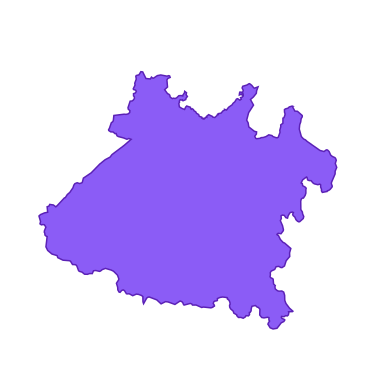 Lalangina, Haute Matsiatra, Madagascar, rotated 110°
{"feature_id": "10022922B72540367204165", "entity_name": "Lalangina", "entity_type": "district", "adm_level": 2, "iso_a3": "MDG", "parent_name": "Madagascar", "parent_adm1": "Haute Matsiatra", "projection": "albers", "projection_center": [47.222, -21.414], "detail": "fine", "context": "isolated", "style": "filled", "palette": "violet", "viewbox_px": 384, "rotation_deg": 110, "n_neighbors": 0, "source": "geoboundaries", "source_scale": "gbopen_adm2", "svg_char_len": 5945}
<svg xmlns="http://www.w3.org/2000/svg" viewBox="0 0 384 384"><g transform="rotate(110 192 192)"><path d="M92.7,261.4L94.5,264.4L98.2,267.1L98.4,268.0L97.9,269.4L100.0,269.8L101.1,274.1L96.0,279.4L96.4,281.2L100.0,281.9L101.6,284.2L102.4,284.4L105.0,283.0L109.4,283.0L111.0,282.1L115.1,282.5L115.7,282.0L115.6,279.8L116.4,278.8L118.2,279.0L119.6,280.6L121.7,279.8L122.3,278.7L123.9,278.1L125.9,278.7L127.0,279.5L127.8,281.2L134.6,281.0L136.0,280.2L136.8,278.2L138.7,277.7L140.5,278.8L141.6,280.5L142.1,282.4L146.8,291.6L151.7,290.4L153.0,290.5L154.5,291.5L160.3,291.4L162.0,291.7L162.7,291.3L163.3,289.0L162.6,286.7L163.5,284.2L163.0,283.3L164.8,281.7L165.1,280.3L164.6,274.9L164.7,271.2L163.3,269.6L163.3,267.2L171.4,271.7L184.2,280.0L187.2,280.9L191.4,284.7L197.2,288.2L208.5,293.3L216.1,298.8L220.3,298.4L221.1,298.7L222.5,300.5L222.6,303.1L224.2,304.9L226.0,305.4L228.7,305.3L234.2,306.7L237.0,308.3L240.6,309.1L241.2,309.9L250.9,314.0L252.5,314.9L251.6,317.8L252.3,321.4L254.3,321.7L255.4,323.1L260.4,320.7L262.1,323.5L265.1,326.7L266.9,327.6L271.6,324.2L273.9,324.0L274.4,322.3L273.6,321.0L273.3,319.5L275.0,317.3L279.1,317.4L280.4,317.0L280.8,316.4L282.8,315.4L283.5,313.6L283.4,312.9L293.5,310.5L296.3,307.6L298.2,302.4L297.9,297.0L299.6,295.7L300.2,289.9L298.5,283.7L298.6,282.5L301.0,279.5L300.1,276.4L300.9,274.9L304.7,271.7L305.1,270.7L304.9,268.0L306.0,264.9L305.1,262.1L303.6,260.2L302.8,257.8L299.7,257.6L298.7,255.6L298.2,251.7L297.5,250.9L295.6,249.8L293.4,247.2L293.0,241.3L293.3,238.6L295.6,233.6L298.6,231.1L299.7,230.9L303.6,231.8L306.9,229.3L309.4,228.2L311.0,226.3L310.9,225.3L308.6,224.4L307.5,223.2L307.8,221.7L310.0,218.9L310.0,218.2L309.1,216.2L309.7,212.2L307.0,209.4L306.5,207.4L306.5,204.1L307.1,202.4L312.0,200.5L313.5,199.3L307.3,198.3L306.1,197.6L305.3,196.4L305.4,188.3L307.7,182.8L304.1,179.4L303.5,176.8L303.5,169.6L298.5,165.9L298.5,164.1L299.2,162.8L300.8,161.3L300.9,160.7L297.3,155.5L297.3,153.9L298.1,152.9L296.8,149.5L297.2,143.4L296.2,141.9L294.4,134.6L293.1,132.9L292.3,132.9L291.6,131.9L290.8,132.2L289.5,133.9L288.0,134.0L286.9,133.5L285.6,131.3L285.1,131.1L283.4,131.7L281.5,129.6L280.2,127.3L279.2,122.9L279.7,122.2L280.3,122.3L281.2,120.0L282.8,118.6L284.4,117.8L285.5,118.0L287.3,117.2L288.6,115.8L289.9,112.5L291.5,111.3L292.1,108.0L292.9,107.6L294.0,105.5L293.1,103.1L293.1,100.7L291.2,99.2L289.7,98.9L289.1,96.6L287.6,96.0L285.6,96.9L285.2,96.2L283.5,95.8L281.6,96.4L278.9,96.6L277.0,93.6L277.9,91.3L277.8,90.1L278.9,88.1L284.4,86.3L286.1,83.6L285.7,81.3L283.9,78.2L283.7,76.8L286.1,75.9L286.4,75.2L287.0,74.9L288.2,75.4L290.2,75.5L292.9,72.1L293.0,69.0L291.0,65.5L284.4,63.4L282.3,61.4L280.5,61.0L280.2,61.5L280.0,64.3L279.4,65.1L278.3,65.3L277.7,62.9L276.2,61.7L275.8,60.0L274.5,59.4L272.4,59.7L271.5,60.3L270.0,56.6L269.5,56.4L267.8,60.7L264.6,65.6L262.0,67.8L257.4,69.6L254.7,71.6L254.3,73.7L255.5,76.5L255.5,78.1L254.6,80.6L252.7,81.7L251.5,81.7L250.5,83.9L246.2,85.9L245.8,86.6L245.6,88.8L244.9,89.7L243.0,90.0L241.0,90.9L239.2,90.5L236.5,87.8L233.4,87.4L232.2,85.0L232.6,82.7L232.2,81.5L229.9,79.8L224.4,80.0L219.2,78.1L215.8,79.5L211.3,79.8L208.3,87.5L208.2,89.2L206.4,92.7L203.2,96.0L203.3,97.0L202.7,97.7L201.3,96.9L200.8,94.1L197.3,93.0L196.3,93.1L192.7,95.4L188.7,99.2L186.3,99.0L184.1,100.2L182.8,99.3L182.4,97.3L184.0,95.1L183.9,93.3L181.5,93.5L178.6,93.0L177.7,92.6L176.6,91.0L176.6,89.7L178.4,89.8L179.5,89.0L180.4,86.8L182.5,84.8L183.4,82.8L183.5,81.3L183.0,80.6L178.9,78.4L176.8,78.6L174.8,80.5L173.0,81.5L171.3,83.7L163.4,86.7L161.3,86.9L159.9,86.1L159.6,85.2L156.5,84.5L154.1,84.6L150.9,85.8L149.4,86.0L148.7,87.2L148.2,90.2L146.4,91.2L146.2,92.5L142.8,92.2L138.8,89.6L138.9,88.9L141.1,87.5L141.2,85.8L140.6,83.9L142.0,81.7L142.5,79.9L142.1,76.2L140.9,74.6L141.2,73.6L143.4,72.8L145.1,71.3L146.7,70.7L147.8,69.4L145.3,65.2L144.5,65.2L143.9,64.2L142.3,63.1L139.5,62.1L138.5,62.2L136.5,63.9L135.2,64.2L126.1,63.7L123.5,64.6L119.4,64.4L116.2,67.1L112.8,67.3L111.3,68.6L110.8,69.5L110.6,72.2L109.9,74.3L107.1,77.0L106.3,78.7L106.2,79.6L106.6,80.3L108.8,81.8L109.2,85.9L105.1,101.1L104.2,103.2L104.0,105.3L102.5,108.2L96.2,112.7L91.9,113.8L89.1,113.8L85.8,114.5L83.6,114.1L82.4,114.6L80.1,120.5L80.8,123.0L77.3,126.9L77.0,126.6L77.0,127.3L78.8,129.7L80.4,130.5L82.0,132.7L83.0,133.3L85.3,132.4L86.9,131.2L88.3,131.0L90.7,131.0L91.5,131.8L96.3,130.1L98.6,131.6L100.3,130.9L104.0,130.6L105.8,129.7L111.0,129.7L111.8,130.3L112.2,131.6L112.2,134.9L111.6,136.2L112.0,139.4L114.7,141.5L116.4,143.7L117.3,145.7L118.1,146.2L119.6,149.0L119.9,149.8L119.7,150.5L118.2,152.1L115.5,151.3L113.4,151.9L113.6,154.2L111.4,160.9L107.8,162.9L105.8,165.2L98.1,165.9L89.3,163.9L85.1,168.7L81.7,166.8L77.3,165.3L74.8,165.9L70.6,165.9L73.0,168.7L73.0,169.6L71.3,172.4L70.5,174.9L70.8,175.5L72.7,177.0L75.3,180.5L77.1,180.5L78.9,178.6L81.0,178.5L81.7,181.2L82.7,181.2L84.7,180.7L82.5,178.3L83.8,178.0L83.8,177.5L83.0,177.2L84.1,176.7L85.6,177.2L86.7,178.6L87.9,177.4L89.3,178.4L88.7,181.0L89.5,182.0L92.6,182.6L94.7,183.8L96.3,184.1L99.9,186.6L103.2,187.6L103.2,189.7L103.9,189.4L105.1,190.6L108.0,191.7L109.3,194.0L110.2,193.8L110.3,194.6L111.6,194.7L114.2,196.0L114.5,198.1L114.0,198.7L113.6,202.8L115.8,204.1L116.7,203.7L116.7,204.4L119.0,205.3L119.4,206.1L119.0,206.2L119.5,206.6L118.9,207.3L119.2,208.0L118.3,208.5L118.4,211.0L116.9,212.3L116.5,214.7L115.3,216.0L115.0,217.8L114.0,218.9L113.7,220.4L114.5,220.9L114.2,221.6L112.9,222.5L113.0,226.4L114.4,227.0L117.0,227.2L116.9,230.1L116.3,233.0L113.2,234.7L112.0,234.4L111.0,235.0L109.3,234.6L109.2,233.3L108.7,232.6L109.3,232.1L109.3,231.6L107.3,229.5L105.9,229.7L103.8,229.0L102.6,230.8L100.6,231.1L99.9,233.3L101.4,233.0L104.0,233.7L104.9,233.5L105.1,235.3L106.0,237.3L108.7,238.6L109.9,239.8L110.2,241.6L110.9,242.3L110.8,243.3L110.1,245.1L108.7,245.9L108.1,247.0L107.9,248.7L105.2,252.7L101.7,250.9L95.3,253.9L93.5,253.5L91.8,251.7L90.6,252.7L90.6,253.6L91.7,255.2L92.7,261.4Z" fill="#8b5cf6" stroke="#5b21b6" stroke-width="1.5"/></g></svg>